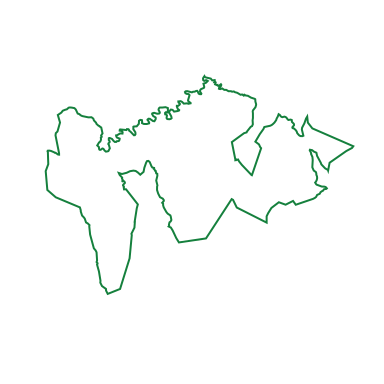 the district of San Juan Quiotepec, Oaxaca, Mexico, rotated 101°
{"feature_id": "50627088B77784683352212", "entity_name": "San Juan Quiotepec", "entity_type": "district", "adm_level": 2, "iso_a3": "MEX", "parent_name": "Mexico", "parent_adm1": "Oaxaca", "projection": "albers", "projection_center": [-96.65, 17.673], "detail": "fine", "context": "isolated", "style": "outline", "palette": "green", "viewbox_px": 384, "rotation_deg": 101, "n_neighbors": 0, "source": "geoboundaries", "source_scale": "gbopen_adm2", "svg_char_len": 6021}
<svg xmlns="http://www.w3.org/2000/svg" viewBox="0 0 384 384"><g transform="rotate(101 192 192)"><path d="M180.3,341.1L192.1,338.4L199.4,339.6L217.6,334.4L223.2,324.7L228.5,299.1L231.0,297.8L232.5,297.4L236.1,295.4L237.5,293.4L238.6,292.2L242.1,290.2L242.8,288.2L244.1,286.3L245.3,286.3L253.2,283.9L266.0,277.6L267.7,275.5L269.4,274.2L277.4,272.1L278.9,272.3L279.3,272.1L279.8,271.2L280.4,271.0L281.3,271.4L287.7,268.2L296.6,264.9L298.5,264.7L301.5,262.4L303.6,257.9L305.1,257.6L308.1,255.3L300.9,244.1L269.0,240.6L245.7,242.9L244.6,243.5L238.0,241.7L232.2,242.4L232.2,242.6L218.5,243.1L214.5,242.8L201.9,257.3L202.4,259.2L200.6,259.9L200.1,259.7L199.3,260.2L198.9,260.9L198.1,261.0L195.9,259.6L195.5,259.7L194.7,260.3L194.3,261.1L194.8,262.3L194.6,262.5L193.1,262.4L192.2,263.3L191.2,263.3L189.1,266.2L187.3,267.5L187.7,264.2L185.6,259.8L183.4,256.8L182.2,253.6L182.1,251.3L183.2,248.8L184.9,246.1L181.5,243.4L177.3,243.4L171.8,242.6L170.2,242.0L169.8,240.7L170.7,239.2L174.7,236.5L175.5,235.6L175.6,233.9L176.6,233.9L176.9,233.1L178.1,232.5L178.2,231.7L180.5,230.7L180.7,229.6L182.6,229.1L187.6,229.3L192.1,227.2L193.4,227.3L196.7,226.7L200.0,224.9L203.2,222.4L204.1,219.4L205.4,218.1L206.2,218.0L208.3,219.2L208.8,218.2L210.6,217.8L212.5,216.8L216.6,213.3L217.9,211.7L219.1,208.8L220.1,208.2L223.4,206.9L224.9,207.3L226.1,208.3L228.4,208.4L229.4,208.0L230.3,208.4L230.9,206.0L233.5,203.6L240.2,198.7L244.0,195.2L234.9,169.4L191.4,151.7L191.9,150.2L198.7,145.1L207.8,112.9L201.6,114.1L198.2,113.2L192.5,111.0L185.5,104.8L186.6,97.7L181.5,91.1L184.7,87.7L175.6,71.8L174.3,70.2L173.1,69.2L171.0,68.6L169.4,66.3L167.7,65.8L166.4,64.6L165.9,63.8L164.1,62.9L163.3,60.7L162.7,60.3L161.6,61.8L161.5,63.3L161.9,65.7L161.0,71.1L160.3,72.0L159.2,72.9L158.2,72.3L156.2,71.8L154.4,71.8L152.8,72.3L151.4,73.2L149.9,73.6L148.8,74.2L147.7,76.6L144.8,78.6L137.6,79.6L134.6,80.5L131.9,82.4L131.3,82.4L129.6,83.5L129.0,84.2L128.6,84.4L128.0,84.3L128.0,82.1L129.1,80.0L129.7,77.4L132.7,76.1L138.8,71.1L140.2,70.3L143.4,65.8L144.4,62.8L144.9,62.5L137.0,62.5L122.4,48.4L118.2,43.3L116.3,42.4L106.6,86.0L101.8,91.5L96.0,93.3L98.2,94.1L103.2,94.8L107.9,96.2L109.7,96.1L115.5,93.4L116.1,94.2L116.4,96.3L115.9,97.7L114.2,99.9L112.6,100.8L111.2,102.3L110.1,104.3L110.1,105.3L109.8,105.7L109.2,105.8L107.0,104.6L106.3,104.7L105.6,105.1L104.1,107.3L102.3,107.8L102.1,109.0L102.9,111.1L102.5,111.9L100.9,113.6L100.5,114.7L100.4,115.7L101.3,117.6L101.2,118.3L100.8,119.3L99.6,120.5L99.1,121.8L101.6,122.2L103.7,122.9L105.4,123.1L108.1,124.3L109.7,125.4L111.1,126.6L112.1,128.0L114.4,133.4L116.6,133.9L122.3,136.5L130.5,139.4L132.5,135.3L134.8,133.7L135.8,132.5L164.1,136.4L164.0,136.8L155.9,148.2L153.0,151.6L151.3,153.0L151.8,153.9L151.7,154.3L152.3,154.7L152.5,155.4L151.5,155.3L151.3,155.5L151.5,155.8L135.4,162.4L124.3,152.1L123.1,149.8L122.0,149.5L116.8,146.8L115.8,145.6L113.9,145.2L110.0,146.2L107.8,146.3L103.2,147.2L101.2,147.8L100.2,147.7L96.7,145.9L94.4,145.7L93.6,145.8L91.2,147.0L88.9,147.6L88.6,148.1L88.1,152.1L86.9,155.5L87.0,157.7L86.5,159.2L87.5,159.6L86.7,161.4L87.3,162.9L86.0,166.5L85.8,169.1L85.3,170.1L85.9,171.8L85.6,173.0L86.1,175.4L85.2,177.9L85.6,179.8L84.6,182.1L85.6,183.9L85.6,185.0L85.5,185.3L84.6,185.3L83.5,184.3L82.1,183.7L81.2,183.7L80.7,184.2L82.5,185.7L82.8,186.4L82.7,186.9L82.5,187.4L82.1,187.5L82.3,187.9L81.9,189.9L80.1,189.6L79.8,189.8L80.0,191.1L78.7,190.8L77.8,191.1L78.6,193.4L77.1,195.2L76.9,200.2L76.6,201.4L75.9,201.9L77.7,202.7L78.7,202.8L80.1,202.3L80.6,201.2L79.6,199.7L79.5,199.1L80.0,197.7L82.1,199.1L83.5,201.4L86.6,200.0L87.5,200.2L89.4,202.9L90.1,203.3L91.7,203.4L93.6,201.6L94.2,201.7L94.5,202.9L94.2,204.2L92.5,205.4L91.7,206.2L92.0,207.2L93.0,208.5L93.4,210.1L94.2,211.1L93.9,216.0L94.4,217.5L95.2,218.0L96.3,217.3L96.7,215.9L96.5,214.6L96.8,213.5L97.4,212.9L102.7,213.4L103.7,212.8L104.8,210.4L105.2,210.3L106.1,212.4L105.9,213.7L106.8,216.9L105.5,218.8L105.0,220.4L105.7,222.7L106.6,222.4L107.9,220.6L108.8,220.9L110.1,222.1L110.3,223.3L111.0,223.2L113.2,221.8L114.0,220.2L114.4,220.2L115.2,221.4L116.5,224.9L115.3,226.4L115.0,227.5L115.2,228.6L118.2,230.1L118.8,229.2L121.7,226.8L123.4,226.1L124.3,226.8L124.9,228.1L125.1,230.2L124.2,231.1L121.6,231.2L120.8,232.1L120.9,233.1L120.5,233.3L119.4,233.5L118.6,232.8L118.6,231.3L116.6,231.2L114.2,231.7L113.8,234.2L114.8,237.4L115.2,239.7L116.1,240.4L117.2,240.6L117.8,240.5L119.9,238.8L120.7,238.8L121.3,239.3L121.8,241.1L121.5,244.3L122.3,245.9L123.0,246.1L124.9,244.5L125.7,242.1L126.2,241.7L127.5,241.6L129.7,242.4L129.8,243.8L128.2,247.4L128.4,248.7L129.4,249.5L129.8,249.4L130.8,248.2L132.2,247.2L132.8,247.2L133.9,249.4L134.4,252.3L133.9,254.2L132.0,254.5L131.0,254.9L131.1,256.5L132.2,257.6L135.2,257.2L138.1,258.8L138.8,261.6L139.1,262.0L141.5,261.6L144.2,259.0L146.0,258.5L147.1,258.9L147.4,259.8L144.5,263.9L143.8,265.4L142.8,265.9L142.5,266.4L142.7,267.9L143.7,268.2L144.3,274.5L145.0,274.8L145.6,274.7L145.5,273.5L145.8,272.3L146.5,271.5L147.9,271.4L148.2,273.7L150.5,276.3L150.9,277.3L152.1,276.8L152.9,276.0L153.4,273.2L154.4,273.1L155.5,273.3L156.0,273.8L156.6,275.7L157.3,276.0L157.6,277.3L156.8,278.8L155.2,280.6L154.7,282.9L154.8,283.6L155.1,283.9L156.9,283.6L158.0,282.5L158.9,282.4L160.2,283.3L160.9,283.3L161.4,282.7L164.8,281.0L167.8,281.9L168.1,282.4L168.8,284.2L168.0,285.7L166.6,287.1L166.4,287.7L166.4,288.3L167.8,289.5L168.2,290.3L168.1,290.9L167.5,291.4L165.6,292.0L164.4,293.9L161.1,292.7L160.0,291.7L158.8,291.4L157.5,291.4L156.0,291.9L155.3,291.6L155.0,291.2L153.8,292.0L151.6,291.0L146.0,293.4L145.3,295.2L144.9,295.5L144.8,296.4L143.4,298.7L142.2,299.5L140.5,301.9L138.8,302.9L137.8,304.9L138.5,307.9L138.4,314.2L137.9,316.1L137.1,317.3L136.8,319.2L133.2,321.8L132.1,323.4L132.1,326.1L132.3,328.0L132.8,329.2L134.7,330.6L135.4,332.1L136.9,334.4L139.0,335.4L142.0,338.4L149.0,334.8L158.3,335.6L160.2,336.9L162.4,336.8L179.3,329.9L180.7,329.6L180.8,330.6L179.5,333.5L179.7,334.0L179.3,335.0L178.6,338.3L178.6,340.1L179.0,341.5L179.6,341.6L180.3,341.1Z" fill="none" stroke="#15803d" stroke-width="2"/></g></svg>